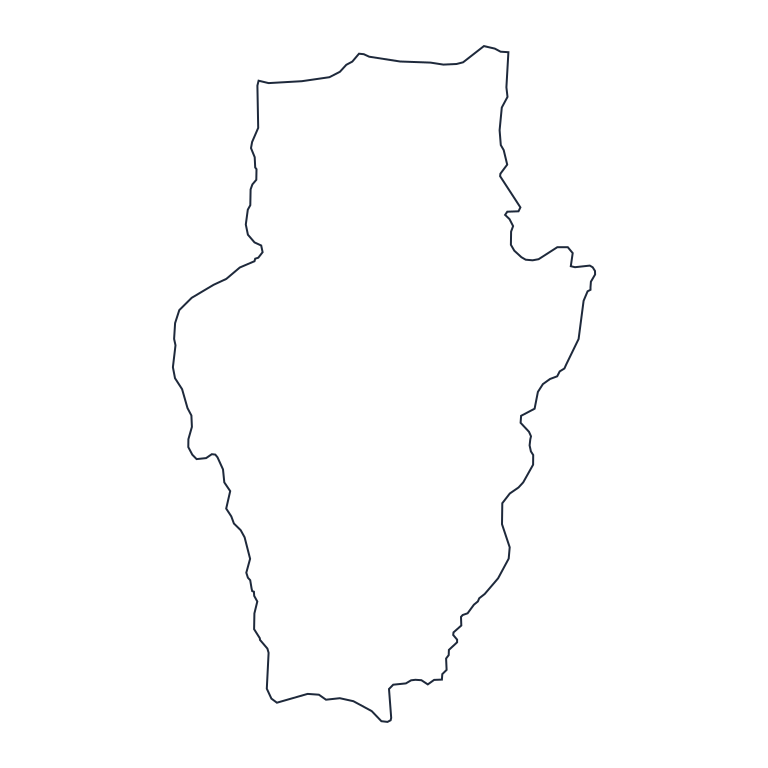 San Luis Jilotepeque, Jalapa, Guatemala
{"feature_id": "79465075B90526341743732", "entity_name": "San Luis Jilotepeque", "entity_type": "district", "adm_level": 2, "iso_a3": "GTM", "parent_name": "Guatemala", "parent_adm1": "Jalapa", "projection": "orthographic", "projection_center": [-89.711, 14.649], "detail": "fine", "context": "isolated", "style": "outline", "palette": "slate", "viewbox_px": 768, "rotation_deg": 0, "n_neighbors": 0, "source": "geoboundaries", "source_scale": "gbopen_adm2", "svg_char_len": 2336}
<svg xmlns="http://www.w3.org/2000/svg" viewBox="0 0 768 768"><path d="M359.0,53.7L352.3,61.6L346.3,64.8L339.9,71.8L329.4,77.2L301.8,81.2L268.6,83.1L258.6,80.7L257.4,85.6L258.2,127.9L252.1,142.0L251.0,148.1L254.7,157.2L255.2,167.5L256.5,169.2L256.3,179.8L252.4,184.4L250.6,189.4L250.3,205.2L247.8,209.7L245.8,224.5L247.9,234.7L254.5,242.4L261.2,245.5L262.6,252.2L258.3,257.7L255.2,258.7L254.5,261.2L239.8,267.5L226.3,278.9L213.6,284.8L191.7,297.8L179.3,310.1L175.1,323.1L174.1,338.9L175.5,345.3L172.9,367.2L175.0,378.2L182.1,389.2L187.5,408.1L191.4,415.5L191.9,426.9L188.4,439.2L188.3,447.1L192.3,454.7L196.6,459.1L206.1,458.1L211.8,454.2L215.3,454.6L217.5,457.3L223.0,469.4L224.3,482.4L230.2,491.1L226.2,508.6L231.3,516.4L233.9,523.5L240.7,530.2L244.6,537.3L250.1,558.8L246.3,572.7L247.9,577.7L250.2,580.2L251.6,588.6L252.2,591.1L253.9,591.7L254.2,595.9L257.3,601.5L254.4,613.4L254.1,629.2L259.8,638.2L260.0,639.9L267.4,648.6L268.6,652.8L266.8,688.7L271.4,698.6L276.9,702.7L307.6,693.9L318.9,694.7L326.0,699.7L339.8,698.2L353.4,701.2L371.7,711.1L381.4,721.2L387.5,721.9L390.6,720.3L391.2,717.9L389.0,689.0L393.2,684.7L405.9,683.4L411.1,680.3L415.4,679.8L421.4,680.2L427.8,684.4L434.1,679.9L441.9,679.6L442.3,674.1L446.6,669.9L446.1,658.5L448.7,655.1L448.9,649.9L457.1,642.3L457.1,639.6L453.2,635.0L453.5,632.4L461.3,625.5L461.0,616.9L462.7,615.0L467.6,613.3L473.9,604.7L477.9,601.4L479.2,598.3L484.7,594.0L498.1,578.3L508.7,558.6L509.7,547.3L502.0,524.2L502.3,503.2L509.8,493.5L518.5,487.5L523.2,482.4L533.1,464.7L533.2,455.0L530.9,451.4L529.6,445.4L530.3,439.3L531.0,436.3L529.0,431.8L520.6,422.8L521.1,415.8L534.6,408.7L537.9,391.9L542.9,384.1L550.0,379.0L557.2,376.3L559.7,371.4L564.4,368.5L566.3,364.3L578.6,339.0L583.6,300.8L587.6,291.3L590.5,289.8L590.5,287.3L590.9,281.7L595.1,274.5L595.0,271.0L592.7,267.3L589.8,265.6L575.0,267.2L570.8,266.2L572.7,253.1L567.8,247.2L557.3,247.2L538.6,259.2L532.6,260.3L525.7,259.7L521.4,257.2L514.3,250.7L510.9,244.8L511.1,231.6L513.1,226.1L509.5,219.1L505.1,214.9L507.3,211.7L518.5,211.3L520.4,207.4L500.1,176.2L500.4,173.7L507.2,164.6L503.7,150.1L500.8,145.1L499.6,130.2L501.8,107.5L507.5,96.9L506.4,87.3L508.4,52.2L500.6,51.7L494.8,48.6L483.9,46.1L463.1,62.3L456.5,64.0L443.4,64.6L430.5,62.6L400.1,61.5L369.2,56.7L363.8,54.2L359.0,53.7Z" fill="none" stroke="#1e293b" stroke-width="2"/></svg>